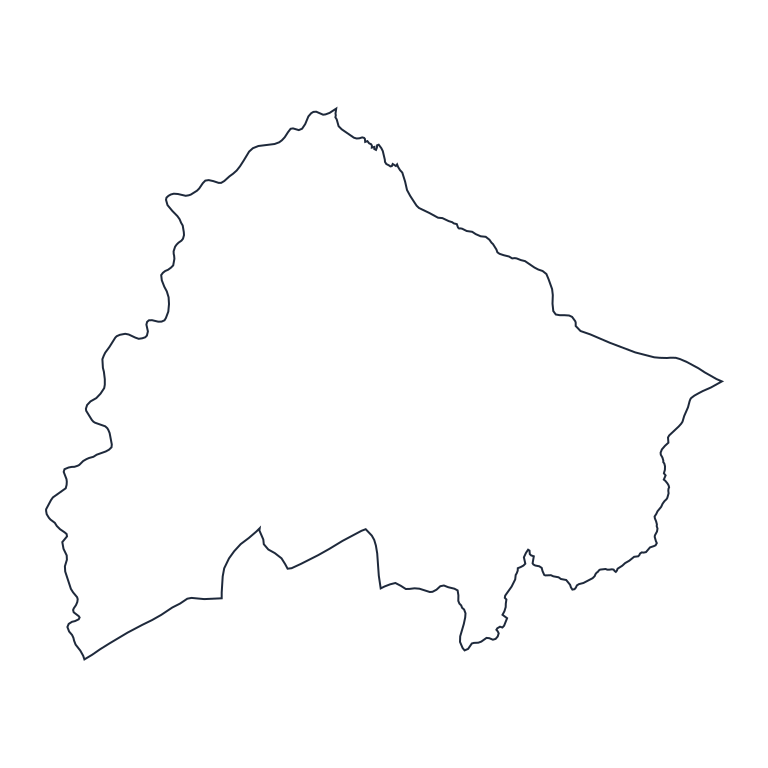 the district of Pea Reang, Prey Vêng, Cambodia
{"feature_id": "14789045B14089291645285", "entity_name": "Pea Reang", "entity_type": "district", "adm_level": 2, "iso_a3": "KHM", "parent_name": "Cambodia", "parent_adm1": "Prey Vêng", "projection": "orthographic", "projection_center": [105.246, 11.679], "detail": "fine", "context": "isolated", "style": "outline", "palette": "slate", "viewbox_px": 768, "rotation_deg": 0, "n_neighbors": 0, "source": "geoboundaries", "source_scale": "gbopen_adm2", "svg_char_len": 6059}
<svg xmlns="http://www.w3.org/2000/svg" viewBox="0 0 768 768"><path d="M174.1,255.5L174.4,258.8L173.2,265.4L170.9,267.7L168.0,269.8L165.2,271.0L162.9,272.8L161.2,275.1L161.8,280.3L164.3,286.7L166.8,291.4L168.6,297.3L169.0,304.1L168.3,311.6L165.9,318.0L164.5,320.3L161.6,321.6L158.3,321.7L152.1,320.2L148.9,320.3L147.1,321.9L146.4,324.6L147.9,331.4L146.9,335.6L145.2,337.3L142.2,338.3L138.7,338.8L135.3,337.6L128.7,334.5L125.2,333.8L119.9,334.8L116.7,336.2L115.3,337.6L109.4,347.0L105.2,352.7L103.8,355.6L102.4,359.2L102.9,367.8L103.9,371.8L104.8,379.2L104.8,384.7L104.2,388.1L100.5,393.7L96.3,398.1L90.5,401.4L87.1,405.0L85.9,408.8L86.2,410.8L91.8,419.9L93.4,421.7L95.0,422.7L105.2,426.3L107.3,428.2L108.3,429.9L109.6,433.0L110.3,436.6L111.8,444.5L111.5,447.3L109.0,449.7L105.7,451.5L96.7,454.7L93.4,456.8L89.0,458.0L86.5,459.1L83.2,461.0L79.3,464.9L77.8,465.7L74.5,466.8L71.7,466.9L68.6,467.5L64.5,469.2L63.7,471.9L66.5,479.2L66.8,481.7L66.6,484.9L65.7,488.3L52.9,497.4L51.0,500.1L46.1,509.3L46.1,510.9L46.7,514.2L48.9,517.8L50.5,519.6L54.8,522.8L56.8,526.0L60.0,529.2L64.7,532.4L66.6,534.0L67.0,536.4L62.3,542.1L63.5,548.8L66.7,555.4L66.9,559.7L64.9,566.3L65.2,571.5L70.9,588.9L73.1,592.4L77.1,597.2L77.7,599.2L77.3,602.0L76.0,605.1L73.8,608.3L73.1,610.0L73.7,612.3L78.8,616.2L79.6,617.5L78.7,619.3L75.0,621.1L72.0,621.8L68.7,623.9L67.4,627.0L69.1,631.5L72.1,635.0L73.4,637.8L74.1,640.7L75.6,644.6L80.3,650.6L83.2,655.8L84.4,659.4L92.1,654.8L100.2,649.2L109.5,643.4L127.6,632.6L142.4,624.8L152.0,620.1L161.2,614.9L172.3,607.5L180.0,603.6L187.3,598.7L191.5,597.9L204.2,599.1L221.7,598.3L221.7,592.4L222.7,576.4L224.2,568.3L229.0,558.4L234.2,551.2L240.7,544.1L248.8,538.0L256.4,531.5L259.7,528.2L259.4,530.5L263.3,539.5L263.8,544.2L268.3,549.5L274.8,553.1L281.5,558.3L285.2,564.2L287.6,568.7L291.6,568.2L300.9,563.9L318.1,555.2L329.3,548.9L342.5,540.9L361.5,530.8L365.7,529.2L371.8,535.6L374.2,539.9L375.9,545.6L377.2,553.4L378.8,575.7L380.7,588.4L384.5,586.5L390.2,584.3L395.4,583.0L400.8,585.8L405.8,589.0L409.6,588.9L414.5,588.3L419.4,588.7L429.8,592.0L432.5,591.8L436.5,589.7L440.3,586.2L443.9,585.5L448.2,587.2L454.4,588.7L457.6,590.4L458.4,595.3L458.3,600.9L459.4,603.6L461.2,605.4L462.1,607.8L464.1,609.5L465.5,613.3L465.2,617.4L463.8,624.0L460.2,636.3L460.0,641.9L462.6,648.0L464.6,650.4L468.1,648.9L471.8,643.5L473.9,642.9L478.3,642.7L481.3,641.6L486.5,637.9L489.3,638.2L492.9,639.7L495.6,638.9L497.7,636.5L498.7,633.3L497.7,631.3L496.4,629.8L497.3,628.3L500.0,626.7L502.4,627.5L504.1,625.7L507.1,618.2L502.5,614.8L504.4,611.3L505.7,607.1L505.8,603.6L506.4,599.5L504.8,597.8L505.2,595.6L511.6,586.6L515.2,579.4L515.7,575.0L516.7,573.3L517.7,570.7L517.8,568.2L520.6,567.1L523.4,565.6L525.3,563.7L523.9,557.3L526.0,552.8L528.1,549.7L529.5,550.6L529.8,554.1L531.1,555.4L533.8,556.3L532.6,563.3L533.4,564.5L535.2,565.5L539.3,566.3L541.7,567.9L542.5,571.0L544.2,574.9L545.3,575.4L550.9,575.2L553.3,576.3L558.6,577.3L560.9,579.0L566.2,580.0L570.1,584.8L570.9,587.3L572.4,589.6L574.5,589.2L575.8,587.7L576.9,585.4L579.0,584.1L583.4,583.0L592.6,578.2L594.7,576.1L595.4,574.3L596.6,572.7L597.9,571.8L598.9,570.4L600.1,569.6L605.6,569.0L607.3,569.7L609.0,569.7L611.9,569.3L613.6,569.6L614.7,571.1L615.8,571.9L616.9,570.6L617.6,568.7L622.3,565.7L625.1,563.1L629.3,560.7L634.1,556.8L638.2,556.3L639.4,555.0L640.0,553.6L641.7,552.4L643.6,552.6L646.0,552.1L650.0,547.4L653.9,546.1L655.6,545.3L656.8,543.1L655.9,541.1L654.7,536.9L654.9,535.4L657.0,531.5L657.5,528.6L656.7,526.1L656.9,524.4L656.1,521.3L654.9,518.4L654.6,516.5L656.3,513.9L657.5,511.3L661.2,506.8L662.6,503.7L664.4,501.2L666.5,499.2L667.3,497.9L668.6,493.3L668.3,490.8L668.5,488.7L669.1,487.4L668.6,485.4L667.5,483.5L665.4,480.9L663.8,479.6L665.6,475.4L663.9,473.3L664.9,469.8L665.0,466.3L664.3,463.5L663.3,462.2L663.3,460.5L662.4,457.5L660.8,454.7L660.6,452.7L661.9,449.4L665.0,445.8L668.4,442.7L668.0,437.5L669.2,435.4L678.7,426.5L681.2,423.7L682.5,421.7L684.2,416.0L688.0,407.3L689.6,401.2L690.4,399.1L691.2,398.0L694.4,395.6L698.7,393.2L702.9,391.0L710.9,387.5L721.9,381.4L716.4,379.0L704.6,372.3L698.5,368.3L686.6,361.9L679.8,359.0L675.7,357.8L670.5,357.7L666.9,358.0L659.8,357.8L654.2,357.3L635.2,352.4L609.9,342.8L590.3,334.4L580.5,331.0L575.7,326.0L575.7,322.7L575.3,321.3L572.1,316.9L569.1,315.5L564.4,315.2L559.8,315.2L555.8,314.5L553.3,311.1L552.5,303.7L552.8,295.1L552.1,289.1L548.6,279.3L546.4,274.0L542.6,271.0L538.2,269.5L534.4,267.5L525.0,261.1L520.9,260.1L516.6,258.4L514.7,258.1L512.2,258.4L509.0,256.5L503.7,255.2L499.5,253.8L497.4,252.3L496.4,249.5L493.0,244.1L491.5,242.7L489.4,239.7L485.7,236.8L480.7,236.3L475.7,234.1L472.2,231.8L466.7,231.0L462.1,228.7L460.6,228.4L459.1,228.5L458.0,227.5L456.8,224.1L453.8,223.4L452.2,222.2L448.7,221.1L442.4,218.1L438.0,217.7L429.4,213.0L419.0,208.0L416.6,205.7L414.6,202.7L410.2,195.9L407.0,190.0L405.1,181.6L402.3,172.6L400.0,170.1L398.1,167.0L397.1,164.4L395.9,166.0L392.7,164.0L391.8,166.1L390.4,166.4L389.0,165.4L386.3,164.0L385.0,161.9L384.8,159.6L382.8,151.1L381.3,148.1L378.7,144.7L377.1,145.3L376.9,147.6L376.0,149.9L374.3,149.0L374.4,146.9L371.8,147.6L371.9,145.7L371.2,144.3L369.1,143.3L367.4,141.1L365.2,141.9L364.9,138.9L364.1,137.9L362.2,137.4L359.3,138.3L356.6,138.5L353.9,137.7L341.7,129.3L338.6,126.2L336.7,119.4L335.4,117.3L335.8,115.2L335.5,113.6L336.2,108.6L329.6,112.9L325.5,114.4L323.1,114.7L316.2,111.7L313.4,111.9L311.2,113.2L308.4,116.4L305.2,124.1L302.1,128.7L298.8,130.1L293.0,128.4L290.6,128.8L288.0,132.2L284.7,137.3L281.9,140.3L279.2,142.3L274.6,144.0L258.4,146.0L252.9,148.2L249.1,151.6L243.6,160.7L240.0,166.3L236.7,170.5L233.1,173.7L229.5,176.3L224.3,181.0L221.1,182.9L218.7,182.9L213.3,181.1L208.7,180.1L205.3,180.6L202.8,183.2L199.2,188.5L197.0,190.7L190.8,194.6L188.7,195.3L185.7,195.8L177.9,194.0L173.8,193.7L170.8,194.5L168.5,195.8L166.5,197.6L166.0,199.8L167.5,205.1L172.3,210.9L177.4,216.1L179.6,219.2L181.1,222.8L182.7,225.5L183.8,232.1L184.0,235.1L183.0,238.7L181.5,240.6L178.5,242.7L176.6,244.6L175.1,246.7L173.6,251.3L173.7,254.0L174.1,255.5Z" fill="none" stroke="#1e293b" stroke-width="2"/></svg>